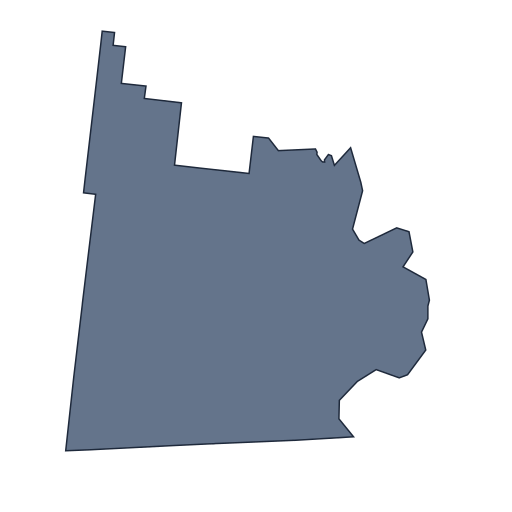 Crawford, Arkansas, United States of America (Mercator projection), rotated 275°
{"feature_id": "52423323B545411729976", "entity_name": "Crawford", "entity_type": "district", "adm_level": 2, "iso_a3": "USA", "parent_name": "United States of America", "parent_adm1": "Arkansas", "projection": "mercator", "projection_center": [-94.179, 35.559], "detail": "fine", "context": "isolated", "style": "filled", "palette": "slate", "viewbox_px": 512, "rotation_deg": 275, "n_neighbors": 0, "source": "geoboundaries", "source_scale": "gbopen_adm2", "svg_char_len": 961}
<svg xmlns="http://www.w3.org/2000/svg" viewBox="0 0 512 512"><g transform="rotate(275 256 256)"><path d="M417.1,81.9L316.4,79.0L303.9,78.7L303.5,90.9L242.0,88.8L194.0,87.2L192.2,87.2L119.4,85.0L45.4,83.4L48.7,109.2L49.1,111.9L59.6,187.5L64.8,225.9L65.3,230.4L65.6,231.8L66.1,235.8L70.8,272.2L75.7,309.8L75.7,310.2L84.4,368.9L101.0,352.8L119.5,351.6L139.9,367.9L153.3,385.6L147.1,409.3L150.9,417.3L177.1,433.3L194.6,427.5L208.4,432.7L221.1,431.6L227.1,432.6L247.4,427.3L258.0,403.4L273.7,411.9L293.5,406.3L296.3,393.7L277.9,362.7L280.8,357.2L291.2,349.8L330.3,356.5L338.5,354.0L372.1,340.8L353.1,326.2L362.5,322.4L363.4,319.3L357.7,315.8L355.6,316.2L355.5,314.1L356.7,312.5L362.5,307.7L364.7,307.8L367.8,305.9L362.9,269.1L374.6,258.2L374.9,243.0L337.6,241.9L338.7,192.0L339.4,166.9L402.1,168.4L403.2,131.0L415.7,131.6L416.2,106.8L453.1,107.9L453.4,95.3L466.3,95.6L466.6,83.2L453.6,82.9L417.1,81.9Z" fill="#64748b" stroke="#1e293b" stroke-width="1.5"/></g></svg>